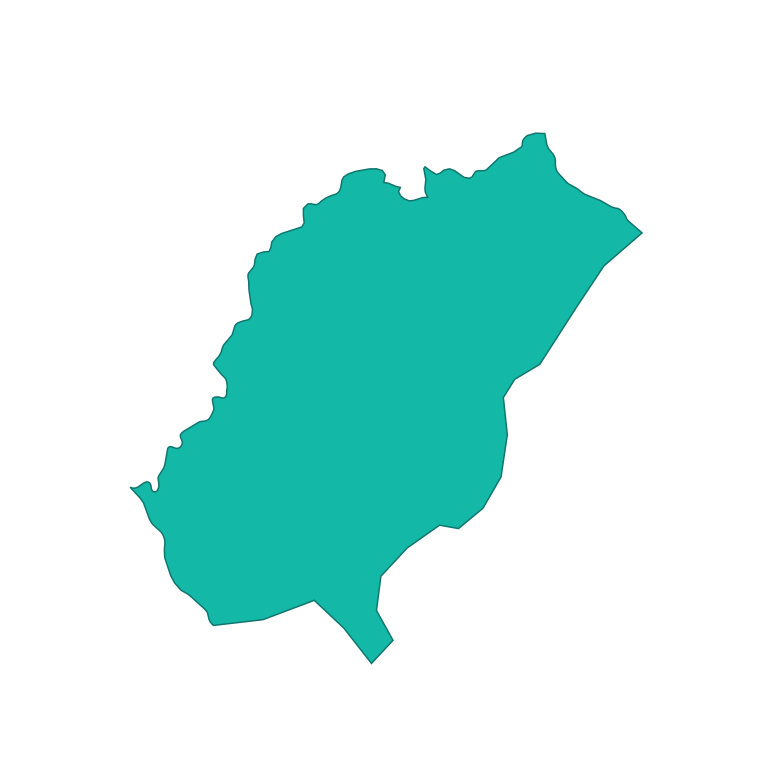 an SVG outline of Vakinankaratra, rotated 133°
{"feature_id": "MDG-5881", "entity_name": "Vakinankaratra", "entity_type": "Autonomous Province", "adm_level": 1, "iso_a3": "MDG", "parent_name": "Madagascar", "parent_adm1": "", "projection": "robinson", "projection_center": [46.868, -19.718], "detail": "fine", "context": "isolated", "style": "filled", "palette": "teal", "viewbox_px": 768, "rotation_deg": 133, "n_neighbors": 0, "source": "natural_earth", "source_scale": "10m", "svg_char_len": 3213}
<svg xmlns="http://www.w3.org/2000/svg" viewBox="0 0 768 768"><g transform="rotate(133 384 384)"><path d="M91.1,437.2L97.9,428.2L99.3,425.2L99.8,423.5L100.5,417.5L101.0,415.7L102.2,412.9L104.1,410.6L106.4,408.6L108.4,406.3L110.0,403.5L110.6,401.9L111.0,400.2L111.9,387.7L111.7,385.2L109.9,378.2L109.3,374.9L108.9,370.1L108.3,366.4L102.2,350.7L99.5,339.1L98.3,336.2L97.3,334.2L96.3,333.1L95.6,331.1L95.4,328.5L95.9,324.1L96.6,321.6L97.5,319.7L98.0,318.0L98.1,316.0L97.5,298.3L147.5,303.7L196.6,295.6L263.3,283.5L291.4,291.6L312.5,287.5L337.0,259.2L372.2,235.0L407.3,226.9L438.9,230.9L449.4,247.1L488.0,255.2L526.7,255.2L554.8,235.0L565.3,202.6L596.9,202.6L589.9,247.1L589.8,287.5L638.9,311.8L676.9,344.1L676.9,346.3L676.5,348.7L675.4,351.6L672.1,356.4L671.2,358.6L670.9,362.4L671.2,382.1L671.8,385.8L672.6,388.9L673.1,391.5L673.1,393.4L672.3,401.5L669.7,409.1L661.0,425.1L659.1,427.5L654.8,431.8L650.0,435.5L647.9,437.7L647.0,439.0L645.5,441.8L644.8,443.7L644.3,446.1L644.4,457.3L643.8,460.2L642.7,463.6L635.0,478.7L633.8,484.1L632.6,499.3L631.8,497.3L631.1,496.3L630.0,495.2L628.7,494.4L627.3,493.7L620.8,492.3L618.9,491.7L617.4,490.8L616.6,489.7L616.2,488.2L616.4,486.7L617.1,485.3L619.1,482.9L619.8,481.7L620.1,480.2L619.8,478.7L618.7,477.6L617.0,477.1L614.2,477.9L612.5,478.7L611.1,480.0L607.2,484.7L606.1,485.6L604.5,486.2L595.9,487.8L592.9,489.0L578.8,498.1L577.3,498.4L575.9,498.0L574.6,496.2L573.2,492.8L572.3,491.6L571.1,490.6L569.5,490.1L567.6,490.0L564.9,491.0L563.6,492.5L562.7,494.2L562.1,495.8L561.3,497.1L560.2,498.2L558.2,498.6L555.3,498.3L537.9,493.3L536.6,492.6L533.1,489.6L531.8,488.8L530.1,488.3L527.9,488.2L524.7,488.9L519.4,490.7L518.3,491.4L517.6,492.0L513.4,497.8L512.4,498.9L511.0,499.4L509.1,498.9L507.0,497.0L505.8,495.3L505.0,493.6L504.1,492.2L502.9,491.3L501.3,491.1L499.3,491.8L498.0,492.8L496.8,494.0L493.1,496.6L492.0,497.7L490.0,500.0L489.2,501.4L488.5,502.9L488.0,504.6L487.8,510.5L486.4,520.1L486.0,521.9L484.5,523.1L481.9,523.5L477.0,523.6L472.2,524.6L466.7,527.4L464.5,527.9L451.6,528.6L443.1,532.7L441.3,533.0L439.0,532.6L433.7,529.9L430.6,527.7L429.2,527.1L427.5,526.7L424.8,527.1L423.1,528.0L419.4,530.9L418.4,532.1L415.9,536.2L407.3,546.9L400.9,553.3L399.1,555.8L398.0,556.9L396.9,557.9L395.3,558.7L388.3,559.1L385.6,559.8L381.0,563.2L375.5,565.4L370.0,562.4L365.3,558.4L361.3,559.9L356.7,562.9L349.9,563.6L343.7,561.5L325.1,551.2L320.5,552.3L315.9,557.7L310.5,562.7L304.0,562.4L301.9,560.2L300.4,557.7L298.8,555.6L296.3,554.7L292.9,554.6L287.6,553.3L282.0,551.0L279.6,549.5L276.9,548.3L273.5,548.1L270.2,549.4L263.5,553.8L259.9,554.7L254.5,553.3L248.1,549.9L236.8,541.5L231.8,536.3L229.0,530.9L230.1,525.8L236.8,521.5L234.2,517.9L231.4,510.1L229.1,506.1L233.4,504.5L235.1,500.2L234.7,495.0L232.8,490.4L229.6,487.6L221.2,482.8L217.6,479.4L215.5,484.7L212.9,487.6L206.0,492.8L199.3,501.8L197.2,502.1L196.4,495.0L195.0,488.5L191.4,486.7L186.8,486.1L182.0,482.9L179.8,477.8L178.3,466.4L175.2,461.8L172.7,460.8L167.6,461.8L165.7,461.8L163.5,460.3L159.9,456.5L158.0,455.2L139.9,454.1L126.1,447.3L119.7,445.9L117.7,445.2L115.7,445.3L113.0,447.5L111.2,448.5L108.9,448.9L106.5,448.9L104.5,448.6L97.3,444.3L91.1,437.2Z" fill="#14b8a6" stroke="#0f766e" stroke-width="1.5"/></g></svg>